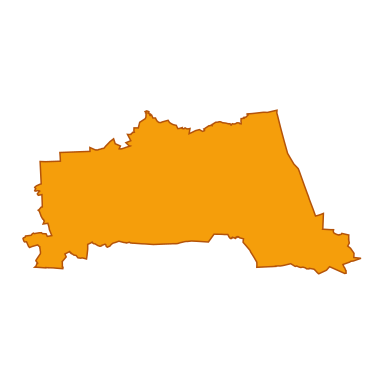 Jaunpils pag., Jaunpils, Latvia
{"feature_id": "27541924B39343861485038", "entity_name": "Jaunpils pag.", "entity_type": "district", "adm_level": 2, "iso_a3": "LVA", "parent_name": "Latvia", "parent_adm1": "Jaunpils", "projection": "robinson", "projection_center": [22.962, 56.749], "detail": "fine", "context": "isolated", "style": "filled", "palette": "amber", "viewbox_px": 384, "rotation_deg": 0, "n_neighbors": 0, "source": "geoboundaries", "source_scale": "gbopen_adm2", "svg_char_len": 5834}
<svg xmlns="http://www.w3.org/2000/svg" viewBox="0 0 384 384"><path d="M277.0,110.2L267.5,112.4L266.8,112.4L265.3,112.3L263.1,112.3L254.5,113.3L251.6,113.6L247.1,113.9L247.0,114.0L247.8,114.4L248.1,114.9L245.9,117.2L245.4,117.2L245.2,117.4L244.6,117.3L243.9,117.4L244.0,118.3L242.8,118.3L242.5,118.3L242.1,118.6L241.1,118.6L241.0,120.6L241.0,121.3L241.2,123.8L239.8,123.7L239.4,123.1L239.2,123.1L238.9,122.9L236.9,122.8L236.2,123.3L235.9,123.5L235.2,123.7L235.0,123.9L233.7,124.0L232.3,123.7L231.8,124.2L231.4,125.0L230.7,124.9L230.0,123.7L228.6,123.8L228.6,123.7L228.1,123.7L225.9,123.1L222.5,122.7L221.1,122.0L220.5,121.8L219.1,121.7L218.2,122.1L217.0,122.2L215.6,122.3L215.2,122.5L214.3,123.3L213.5,123.5L212.8,124.3L212.2,124.3L211.9,124.6L212.1,125.6L210.5,125.3L209.9,125.8L209.0,125.7L204.9,128.4L204.6,129.2L203.9,129.1L204.5,130.6L202.6,131.4L200.7,130.4L199.5,129.6L195.6,130.6L191.8,132.5L189.1,133.7L190.0,128.5L188.2,128.9L186.7,128.8L186.1,128.5L185.2,127.9L184.8,128.0L184.3,128.3L184.0,128.7L183.2,128.7L182.1,128.4L182.2,127.6L179.1,128.5L177.8,128.6L176.3,125.5L176.3,125.4L173.5,124.7L172.5,124.3L171.2,123.6L169.5,122.5L168.1,120.3L162.0,122.0L160.8,122.6L158.7,122.4L156.9,120.8L155.9,119.0L155.5,118.0L152.9,118.0L151.6,115.0L151.5,114.9L151.1,115.0L150.2,115.6L149.9,115.4L149.8,114.9L149.8,114.5L150.2,114.3L150.3,114.0L149.3,113.8L148.5,113.4L148.0,113.1L148.1,112.8L148.8,112.3L149.1,112.0L148.9,111.7L148.5,111.5L146.7,110.9L146.1,111.2L145.3,111.4L145.0,111.6L145.2,111.9L146.1,112.1L146.1,112.4L146.0,112.7L145.8,113.0L146.1,113.1L145.9,117.2L145.2,118.7L139.7,122.3L138.3,127.9L134.0,127.9L133.9,130.9L134.3,132.2L132.6,132.4L132.5,132.9L131.6,133.4L130.9,134.1L130.9,134.4L128.7,134.5L127.5,134.4L130.8,140.7L125.9,142.7L128.9,145.6L130.3,146.0L130.1,146.1L125.8,147.4L124.6,147.9L122.0,148.7L121.3,148.9L119.9,148.9L119.1,148.8L120.4,146.0L115.2,143.7L113.6,138.8L110.0,141.6L108.8,142.9L105.7,146.1L103.9,148.3L101.8,148.6L100.7,149.1L98.7,149.5L97.8,150.0L96.2,149.9L96.0,150.1L94.4,149.5L89.9,147.5L90.0,151.4L59.9,152.5L60.2,156.9L60.4,161.2L45.6,161.7L40.1,161.5L40.4,167.4L41.2,183.9L39.6,184.4L36.5,185.8L35.1,186.9L34.7,187.5L35.5,188.3L35.7,188.5L34.7,190.7L35.0,191.0L36.0,191.1L37.1,190.7L38.3,190.7L39.3,190.8L39.7,191.1L38.6,192.2L37.3,193.9L38.3,195.3L41.9,194.6L42.2,202.3L42.3,206.9L41.2,207.1L39.1,209.6L38.2,210.2L39.1,211.0L39.5,211.7L41.2,216.4L42.8,219.2L43.5,219.4L43.8,220.4L44.3,221.0L43.1,224.0L47.8,223.3L48.7,226.1L49.1,227.9L49.4,229.7L51.8,235.6L47.3,236.4L46.1,233.8L42.4,233.6L41.4,232.7L39.1,232.8L34.3,233.6L33.4,233.1L32.2,233.9L31.1,235.3L25.5,236.0L25.0,237.3L23.4,237.9L23.0,238.6L23.8,241.0L24.5,241.9L26.5,241.8L27.0,242.9L27.7,244.5L28.6,246.5L29.6,247.5L32.1,246.5L37.7,244.9L38.0,245.4L38.3,245.6L39.8,246.9L39.7,247.0L40.2,249.9L40.2,250.5L40.3,250.9L40.5,252.0L40.4,253.7L37.8,257.5L35.9,260.4L35.9,260.5L36.0,261.0L37.7,263.2L37.6,263.6L36.9,263.6L36.1,265.9L34.7,267.2L37.3,267.3L45.7,267.9L45.7,267.6L48.6,267.7L48.6,267.8L51.0,267.8L53.6,267.9L55.4,268.1L62.8,268.7L63.0,267.6L63.0,267.2L62.8,267.0L62.3,266.8L62.4,266.6L62.3,261.7L62.2,261.6L66.2,256.9L64.9,254.0L69.7,251.5L70.2,252.4L70.4,252.5L70.2,252.6L71.3,253.6L72.6,254.1L73.7,255.0L76.2,255.5L77.8,257.7L77.9,257.8L80.8,258.2L82.0,257.9L83.2,258.1L86.5,259.0L87.0,255.7L87.7,249.2L87.7,244.4L91.5,242.6L92.1,242.1L92.8,243.1L94.0,243.8L95.0,243.8L97.7,245.5L100.0,246.3L101.7,245.8L102.0,245.2L102.9,245.0L105.0,244.2L105.7,244.6L105.9,245.2L106.2,246.3L107.3,247.2L109.7,246.2L110.2,245.8L111.0,244.7L112.2,243.7L113.1,243.1L115.3,242.5L118.9,241.2L123.9,242.5L126.2,242.7L126.3,243.0L129.2,242.3L129.6,242.3L130.0,242.5L130.3,242.9L132.9,243.2L133.9,243.2L142.0,243.8L145.0,243.9L153.5,244.5L162.6,244.1L171.4,243.8L172.7,243.7L176.2,243.7L177.9,243.5L179.9,242.8L182.4,242.2L184.9,241.6L186.6,241.4L187.1,241.5L191.5,241.0L197.4,241.3L208.4,242.0L214.0,234.2L214.9,234.2L221.8,234.3L224.2,234.5L227.8,234.5L229.1,237.1L229.6,237.3L229.8,237.7L230.1,238.2L230.1,238.3L230.5,238.5L231.0,238.6L231.4,238.5L231.4,238.3L231.7,237.9L232.2,238.0L232.4,237.8L232.5,237.6L232.3,237.3L232.5,237.2L233.2,237.5L233.4,237.7L234.5,237.8L234.9,238.2L235.1,238.4L235.5,238.5L235.8,238.3L235.8,238.1L235.8,237.9L235.5,237.6L236.1,237.2L236.4,237.0L237.1,237.3L237.2,237.2L237.3,236.6L237.7,236.6L238.3,236.7L238.3,237.1L238.6,237.2L238.9,237.1L239.6,237.8L240.0,237.9L243.5,238.8L243.3,240.6L243.2,240.6L243.1,241.9L243.1,242.3L245.8,245.4L250.0,250.4L250.4,251.4L250.9,252.4L252.7,255.2L254.6,258.3L254.8,258.7L256.8,262.2L256.9,264.7L256.8,267.3L269.4,266.7L272.0,266.6L275.7,266.4L275.6,266.1L278.5,265.9L280.1,266.0L282.7,265.6L284.6,265.2L290.7,263.7L295.0,266.3L295.7,266.4L296.6,266.0L299.2,267.1L300.8,267.5L302.9,267.1L305.5,267.9L306.5,268.8L308.5,268.9L309.5,268.7L309.5,268.4L311.9,268.8L313.9,269.2L314.6,269.6L314.6,269.8L315.0,270.2L315.2,270.3L317.0,272.3L318.5,273.7L318.8,273.8L326.1,270.4L326.6,270.1L328.3,268.1L329.6,266.7L344.8,273.5L345.4,273.3L346.1,273.2L346.0,270.7L345.8,270.7L344.7,267.9L344.2,267.4L342.9,264.5L349.7,262.1L350.8,261.3L353.3,261.0L361.0,258.3L353.8,257.5L354.0,253.3L350.5,248.2L347.7,246.1L349.3,243.0L348.6,239.3L348.8,239.3L348.7,236.3L348.8,235.0L341.8,233.4L341.3,234.2L340.8,234.5L339.2,234.7L339.1,235.0L338.3,235.0L337.8,234.7L336.9,234.5L335.8,234.0L334.8,233.5L333.9,232.9L333.5,232.3L333.3,231.3L333.3,230.5L333.7,229.8L333.6,229.7L331.0,229.7L322.7,229.2L322.8,229.0L323.4,213.8L323.4,213.6L323.4,213.4L320.4,214.6L318.0,215.4L315.5,216.0L313.0,209.0L309.2,199.0L308.5,196.7L306.9,192.5L306.0,190.0L304.3,185.4L299.1,170.8L298.2,168.6L293.9,164.1L289.4,156.5L288.9,155.6L287.6,153.4L286.6,149.8L284.3,141.6L282.3,134.2L281.0,129.3L280.4,127.0L279.9,125.0L277.4,115.0L276.8,113.1L277.0,110.2Z" fill="#f59e0b" stroke="#b45309" stroke-width="1.5"/></svg>